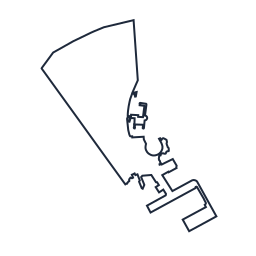 13, Ad Dawhah, Qatar (orthographic projection), rotated 86°
{"feature_id": "91078587B12401503508412", "entity_name": "13", "entity_type": "district", "adm_level": 2, "iso_a3": "QAT", "parent_name": "Qatar", "parent_adm1": "Ad Dawhah", "projection": "orthographic", "projection_center": [51.541, 25.292], "detail": "fine", "context": "isolated", "style": "outline", "palette": "slate", "viewbox_px": 256, "rotation_deg": 86, "n_neighbors": 0, "source": "geoboundaries", "source_scale": "gbopen_adm2", "svg_char_len": 3395}
<svg xmlns="http://www.w3.org/2000/svg" viewBox="0 0 256 256"><g transform="rotate(86 128 128)"><path d="M29.1,154.9L30.3,158.2L37.6,176.5L47.5,197.4L62.1,209.8L62.6,210.0L114.1,178.0L138.2,163.1L160.0,149.6L183.9,134.7L183.6,134.4L183.6,133.0L183.2,132.6L182.9,132.7L181.3,131.1L181.3,130.7L181.0,130.4L179.3,130.4L177.7,129.0L178.4,127.6L178.1,126.8L177.9,126.4L174.9,127.4L174.6,126.5L174.5,126.2L173.8,124.6L175.5,123.9L174.9,121.8L181.1,119.9L182.3,120.7L189.0,118.5L189.6,117.6L185.9,115.7L183.0,116.6L177.9,118.3L176.6,117.0L176.5,108.0L184.0,103.9L184.1,102.8L187.1,101.2L188.9,104.5L194.4,101.5L191.9,97.1L196.4,94.7L197.8,95.1L206.8,114.5L213.9,111.4L192.7,65.0L192.2,64.9L191.8,64.8L191.5,64.6L191.4,64.2L191.3,63.8L191.5,63.4L191.8,63.2L192.3,63.0L203.9,57.3L205.3,56.8L207.7,55.7L208.2,55.6L208.7,55.6L209.2,55.9L209.7,56.3L210.0,56.8L212.3,55.8L223.2,79.8L235.2,74.2L223.8,49.2L222.3,46.0L186.3,62.8L185.6,63.4L185.0,64.3L184.6,65.5L184.5,66.6L184.7,67.7L194.0,88.1L177.4,97.1L174.4,90.8L175.0,90.5L171.3,82.4L170.8,82.6L170.7,82.6L169.3,82.2L169.1,82.1L168.8,82.2L165.4,83.9L162.1,85.5L165.5,93.9L166.5,96.2L166.8,97.0L166.6,97.2L166.3,97.3L166.7,98.5L166.8,99.0L166.3,99.1L166.1,98.7L165.6,97.8L165.4,97.7L164.1,98.4L163.4,98.4L162.9,98.6L162.6,98.8L162.4,99.1L162.2,99.2L161.9,99.2L161.5,99.3L160.9,99.4L160.0,99.2L158.7,99.0L158.1,98.8L157.9,98.6L157.7,98.3L157.6,98.0L157.7,97.7L157.6,97.4L157.0,97.3L156.4,97.0L156.1,96.9L155.6,95.0L155.7,94.6L155.9,94.3L156.2,93.4L156.2,92.4L156.1,92.2L154.4,91.3L154.2,91.0L154.0,90.5L153.9,89.8L153.9,89.1L153.5,88.9L152.7,88.9L151.6,88.8L150.6,89.0L149.9,89.7L149.3,89.8L148.1,90.2L146.9,90.5L146.1,90.6L144.7,90.1L142.6,90.4L141.8,91.4L140.9,93.0L140.7,93.3L140.8,94.3L141.1,94.6L142.3,95.5L142.4,95.8L140.5,96.7L140.9,97.8L143.1,96.8L143.1,96.7L144.7,96.0L145.8,95.6L146.8,95.3L147.7,95.1L148.7,94.9L149.7,95.0L150.8,95.1L151.9,95.5L152.8,96.0L153.8,96.6L154.6,97.3L155.4,98.2L156.0,99.0L156.3,99.7L156.7,100.5L157.0,101.8L157.2,102.9L157.2,104.2L157.0,105.6L156.5,106.9L155.7,108.2L154.8,109.4L153.5,110.5L152.3,111.1L151.2,111.6L149.8,111.9L148.4,111.9L147.2,111.7L145.9,111.4L145.1,111.1L140.5,113.0L139.2,113.0L137.8,113.0L137.7,123.0L137.7,124.4L136.6,124.4L136.6,125.1L136.5,125.9L136.4,126.3L136.1,126.6L134.7,127.1L130.1,127.9L118.8,128.3L117.0,127.5L117.8,125.4L121.6,126.8L121.8,126.1L118.2,124.7L118.7,120.7L125.2,121.4L125.1,121.7L126.0,121.7L126.8,121.8L127.6,122.0L128.1,122.2L128.5,122.1L128.8,121.8L128.9,121.4L128.4,121.1L128.1,121.0L127.9,121.0L127.7,121.3L126.0,120.9L125.8,120.7L125.0,120.5L125.8,112.8L128.8,113.2L128.9,113.3L129.2,113.3L129.4,113.1L129.6,112.8L129.6,112.5L129.4,112.3L129.1,112.1L121.6,110.9L121.5,110.2L121.3,109.5L120.8,108.9L120.1,108.4L119.5,108.2L118.8,108.2L118.3,108.3L117.8,108.6L117.3,109.0L117.0,109.5L116.8,110.2L106.1,108.0L105.5,108.0L105.1,108.3L103.8,114.1L103.9,114.4L104.1,114.6L104.3,114.7L104.5,114.6L104.6,114.4L104.7,114.1L104.9,114.0L105.3,114.0L105.3,114.4L105.3,114.7L106.1,114.8L107.0,110.2L107.3,110.1L112.6,111.2L113.7,111.4L118.2,112.3L117.6,117.1L115.9,116.9L115.0,124.0L116.9,124.2L115.6,127.4L113.6,127.2L111.0,126.8L106.3,125.8L101.9,124.6L99.3,123.8L93.8,121.4L94.6,119.3L97.2,118.7L97.1,118.0L92.7,116.9L93.0,118.8L93.6,119.8L93.6,120.4L93.2,121.2L84.7,116.8L81.1,114.9L20.8,114.9L25.8,145.0L29.1,154.9Z" fill="none" stroke="#1e293b" stroke-width="2"/></g></svg>